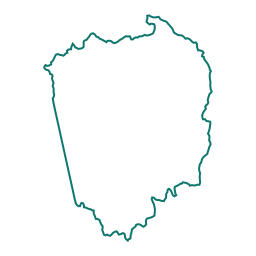 Itaju do Colônia, Bahia, Brazil (Mercator projection)
{"feature_id": "56859067B77750533051521", "entity_name": "Itaju do Colônia", "entity_type": "district", "adm_level": 2, "iso_a3": "BRA", "parent_name": "Brazil", "parent_adm1": "Bahia", "projection": "mercator", "projection_center": [-39.711, -15.16], "detail": "fine", "context": "isolated", "style": "outline", "palette": "teal", "viewbox_px": 256, "rotation_deg": 0, "n_neighbors": 0, "source": "geoboundaries", "source_scale": "gbopen_adm2", "svg_char_len": 3913}
<svg xmlns="http://www.w3.org/2000/svg" viewBox="0 0 256 256"><path d="M199.4,184.8L200.1,182.7L200.0,181.0L199.8,178.8L199.7,176.5L199.9,174.6L200.1,173.1L199.4,171.3L199.1,169.2L199.2,167.5L199.5,166.0L199.8,164.4L201.0,162.8L201.6,160.9L202.0,159.3L202.9,157.7L204.4,156.2L206.2,154.8L207.3,153.9L207.8,151.9L208.5,149.8L209.2,147.2L210.6,144.5L210.2,142.1L209.3,140.9L209.2,139.4L209.5,137.3L209.2,135.3L208.0,133.7L208.9,131.2L209.6,128.9L210.0,125.7L210.4,123.6L210.1,121.7L208.4,121.3L206.4,121.0L205.0,119.2L203.0,119.3L202.4,117.4L202.2,115.0L203.4,112.2L204.8,110.2L205.9,108.7L205.2,106.9L206.0,105.3L207.4,104.3L208.3,102.5L207.7,100.1L208.2,98.2L208.8,96.2L209.5,94.1L210.9,92.8L211.7,91.6L210.7,89.4L210.4,86.8L210.2,85.0L210.5,83.2L210.2,80.5L209.8,78.0L209.7,75.8L209.9,73.2L210.9,71.1L209.8,69.7L209.6,68.0L208.9,66.6L208.2,64.7L207.1,63.1L205.8,61.3L204.3,59.2L203.8,56.9L202.0,56.3L202.3,54.6L203.6,52.8L202.7,51.4L201.2,50.8L199.8,50.3L198.2,50.4L197.3,48.0L196.8,45.6L197.0,43.8L195.8,42.4L193.8,42.8L192.3,41.9L190.8,40.3L189.2,38.9L187.3,38.3L185.5,38.7L183.6,36.7L181.8,35.4L179.6,35.3L177.8,34.9L175.9,33.8L173.9,32.5L173.2,30.6L172.3,28.6L171.1,27.2L169.8,25.6L168.1,23.8L167.2,22.5L165.9,21.4L163.9,20.8L162.4,20.2L160.6,19.4L158.6,16.8L155.6,17.4L153.4,17.4L151.0,16.6L149.0,15.4L147.2,15.8L147.5,17.9L147.0,19.8L146.5,21.9L148.0,23.2L149.7,24.5L150.9,23.7L152.8,24.0L154.1,24.2L154.7,25.6L154.7,27.5L154.7,29.3L153.9,31.3L153.2,33.1L152.0,34.0L150.3,34.6L149.0,35.2L147.1,35.5L144.6,34.9L142.7,36.0L141.0,36.4L139.2,36.4L137.6,37.6L136.0,37.3L134.0,38.3L132.8,39.4L131.2,39.4L130.7,38.1L129.8,36.3L127.4,36.5L125.8,36.2L124.3,37.2L122.3,38.6L120.9,39.4L119.4,40.3L118.0,41.6L116.2,42.5L114.6,43.2L112.9,42.6L111.2,41.2L109.2,40.7L107.4,40.9L106.4,42.2L105.1,41.4L103.2,40.3L101.3,39.3L99.5,38.6L98.3,37.2L96.4,36.7L95.0,34.6L93.4,33.4L91.7,33.5L90.1,34.9L89.3,36.5L88.1,37.8L86.7,39.7L84.2,40.7L83.6,42.3L83.7,44.5L83.6,46.9L82.3,48.1L80.4,48.6L78.4,48.9L76.5,47.9L75.2,47.3L74.2,45.5L72.7,43.8L72.0,45.4L71.3,47.2L71.1,49.2L68.3,49.6L67.0,50.8L67.4,52.7L65.5,53.6L64.6,54.8L63.3,55.7L61.6,55.1L59.6,54.8L58.0,54.1L56.2,54.5L55.0,56.2L54.3,58.0L53.4,59.7L52.5,61.2L51.1,62.3L51.2,64.4L49.3,65.5L47.1,65.9L45.6,65.1L44.3,66.8L44.5,68.4L46.3,69.8L48.4,70.3L49.6,72.0L50.0,73.9L52.2,74.7L52.5,76.4L52.0,78.1L52.3,79.8L53.1,81.7L53.5,83.0L53.1,84.6L52.7,86.1L53.5,87.9L53.7,90.0L53.5,92.3L54.2,94.3L53.8,96.8L52.7,98.4L54.0,105.3L70.0,177.7L70.4,179.4L74.6,198.6L75.9,203.5L77.0,205.0L78.3,206.2L80.1,206.1L80.6,204.2L81.5,202.9L83.3,203.5L83.9,205.4L84.0,207.3L85.9,207.6L87.7,208.5L89.3,209.1L90.9,209.4L92.2,210.3L93.7,210.5L93.6,212.0L93.9,214.0L94.7,215.6L95.2,217.1L95.8,218.9L97.6,219.0L99.6,220.1L100.4,222.4L101.2,224.4L102.6,226.1L102.6,228.1L102.2,229.8L102.7,231.2L103.3,232.8L103.9,234.6L105.5,235.4L107.0,234.6L108.5,235.4L110.1,235.8L111.3,234.8L113.0,232.9L115.0,231.7L116.7,231.4L117.7,232.7L118.8,234.6L121.2,234.0L122.8,233.1L124.5,233.8L125.0,236.2L125.2,237.7L126.1,239.2L127.8,240.6L128.5,239.3L130.4,238.5L130.6,235.7L131.1,233.9L131.6,231.6L131.9,229.4L133.7,227.9L135.5,226.5L136.2,224.8L138.3,224.2L140.3,224.7L142.2,226.0L143.6,226.7L145.0,225.7L146.1,224.5L146.0,222.5L145.9,220.5L147.0,218.6L149.1,218.0L151.3,217.4L152.8,216.7L154.4,215.6L154.6,213.6L154.9,211.3L154.9,209.1L154.5,207.0L154.1,204.7L153.4,203.3L152.6,201.4L151.7,199.3L152.2,197.4L153.9,197.7L155.6,199.5L157.1,200.0L158.9,200.0L161.2,200.8L164.0,201.1L164.8,199.3L165.9,198.2L166.2,196.1L166.1,194.1L167.4,191.9L167.7,189.8L168.7,188.8L170.0,189.5L171.3,191.3L172.1,193.4L172.9,195.2L174.4,196.3L176.2,195.3L175.4,193.5L175.0,191.6L174.8,190.2L174.5,188.4L174.9,186.8L176.5,186.1L178.6,185.0L180.4,183.8L181.8,183.6L182.8,182.3L184.6,182.7L186.3,182.9L188.8,184.3L189.9,185.7L191.8,185.1L194.0,185.5L195.4,185.4L197.2,184.7L199.4,184.8Z" fill="none" stroke="#0f766e" stroke-width="2"/></svg>